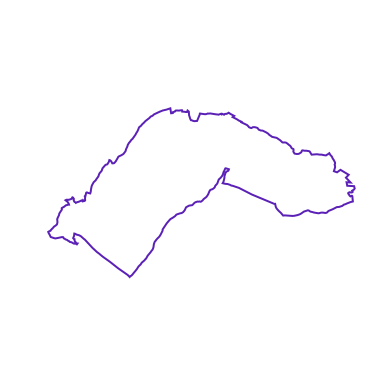 the district of Creteni, Vâlcea, Romania, rotated 241°
{"feature_id": "2599482B89031901268624", "entity_name": "Creteni", "entity_type": "district", "adm_level": 2, "iso_a3": "ROU", "parent_name": "Romania", "parent_adm1": "Vâlcea", "projection": "orthographic", "projection_center": [24.181, 44.701], "detail": "fine", "context": "isolated", "style": "outline", "palette": "violet", "viewbox_px": 384, "rotation_deg": 241, "n_neighbors": 0, "source": "geoboundaries", "source_scale": "gbopen_adm2", "svg_char_len": 6002}
<svg xmlns="http://www.w3.org/2000/svg" viewBox="0 0 384 384"><g transform="rotate(241 192 192)"><path d="M159.4,330.9L159.1,328.8L159.2,327.8L159.0,327.3L159.3,326.5L160.8,324.6L161.6,323.8L163.2,321.2L164.4,319.7L166.7,314.7L169.9,314.6L170.5,314.5L171.0,314.1L172.6,312.1L173.6,310.3L174.7,309.1L174.9,308.6L174.8,308.1L173.9,307.0L173.7,306.5L173.6,304.1L173.8,303.4L174.4,302.1L175.9,300.3L178.1,300.2L178.8,300.6L179.4,301.2L180.4,301.5L181.8,300.5L182.3,300.4L184.1,300.4L185.0,300.2L186.4,299.5L187.7,299.1L189.4,298.3L189.8,297.9L190.5,297.0L191.1,295.7L191.6,295.1L194.5,294.2L198.3,292.3L201.4,288.8L203.4,287.9L204.1,287.4L206.1,286.9L208.0,285.9L211.2,283.7L211.8,283.1L212.1,282.5L212.3,282.1L214.2,280.6L216.3,280.3L217.7,279.0L218.4,278.1L218.8,277.4L219.2,276.5L219.1,275.1L219.2,274.8L220.8,273.4L221.1,273.2L221.9,273.2L223.9,272.6L229.1,268.9L229.4,269.4L231.8,267.6L233.9,266.5L237.8,263.9L238.1,265.8L241.9,263.3L242.9,262.9L243.2,262.6L243.6,262.4L243.5,261.8L243.5,261.2L243.6,260.1L244.2,258.9L244.4,258.1L244.1,257.5L245.7,256.3L245.5,255.5L245.7,255.4L246.3,255.4L246.4,255.0L246.8,252.6L247.2,252.2L248.4,250.5L251.8,246.1L252.5,244.6L253.0,243.8L253.2,242.3L253.7,241.1L255.7,238.4L256.8,237.0L256.7,236.8L256.2,236.6L251.7,230.9L252.3,229.5L252.9,228.3L253.6,227.5L255.3,226.2L255.4,225.9L256.6,225.9L260.6,226.7L263.9,228.2L265.4,227.6L264.4,226.4L265.0,225.3L265.7,224.5L267.1,222.4L267.9,222.8L268.3,222.9L268.8,222.0L269.5,220.1L270.5,218.5L271.1,217.4L271.1,216.8L270.7,216.4L270.7,215.7L271.1,214.1L270.7,213.7L270.4,213.6L270.5,213.0L271.0,211.9L275.7,213.6L276.4,209.7L277.5,205.8L277.9,202.4L278.3,196.5L277.8,194.4L278.0,192.6L277.8,191.8L277.4,190.7L276.6,185.6L275.9,183.5L275.4,181.3L274.6,179.4L274.3,177.3L273.8,176.5L272.7,175.3L271.2,173.2L271.0,172.6L269.5,170.3L267.2,165.5L267.1,164.5L265.9,161.9L265.6,160.9L265.1,160.0L264.2,158.5L263.3,157.7L261.1,154.7L260.4,154.2L259.8,153.4L258.5,150.4L258.4,148.0L258.6,145.3L258.5,144.8L258.3,144.2L257.7,143.4L255.8,140.2L255.2,138.6L255.0,137.9L255.3,136.9L255.7,136.2L258.1,136.2L259.5,135.7L260.0,135.2L258.7,133.9L258.1,132.9L257.3,131.4L257.3,130.9L257.6,130.0L257.6,129.3L256.1,125.2L254.6,123.6L254.1,122.7L253.3,120.4L252.4,119.1L251.2,117.9L250.8,117.2L249.7,114.8L248.8,113.2L248.7,112.5L248.2,110.7L246.7,108.3L245.8,107.1L245.1,106.5L243.1,104.8L241.5,103.7L240.1,102.3L241.4,100.8L242.6,99.9L242.7,99.4L242.5,98.9L241.7,98.3L241.2,97.7L240.4,97.1L240.0,96.7L240.3,96.2L240.2,96.1L239.3,96.1L238.4,95.4L236.7,94.6L236.4,94.4L236.3,94.1L236.3,93.7L236.6,93.6L236.6,93.3L236.6,93.2L237.3,92.9L236.7,92.5L236.7,92.0L236.8,91.7L237.2,91.6L237.4,92.0L237.6,92.1L237.8,92.1L238.0,91.8L238.2,91.2L238.3,88.7L238.8,86.3L238.8,85.2L239.3,85.2L240.1,84.5L240.6,84.4L242.0,84.5L242.9,85.0L243.2,85.3L243.5,85.2L244.6,85.3L245.3,84.9L245.3,84.6L244.4,83.6L244.6,81.9L245.0,80.2L245.9,78.9L246.1,78.3L246.1,77.4L243.7,78.4L241.4,78.5L240.6,78.3L241.0,77.7L241.0,77.0L241.5,75.3L241.1,73.0L241.1,70.5L241.0,70.2L239.9,69.8L239.5,69.3L238.8,67.9L237.5,65.5L236.2,64.4L234.3,61.7L233.8,61.3L233.6,60.9L231.0,59.8L230.2,59.2L229.1,58.1L228.7,56.3L228.7,55.3L228.6,54.6L227.9,52.7L227.1,49.9L226.8,49.7L226.7,49.3L226.9,47.8L226.8,46.9L225.0,46.7L224.0,46.8L221.2,46.6L218.4,49.1L217.6,50.1L216.5,53.4L215.8,55.9L215.2,57.2L214.9,57.4L213.6,57.4L212.6,58.1L212.0,58.3L210.5,59.6L209.2,60.1L208.9,60.5L207.6,60.9L206.4,62.3L204.3,63.5L203.8,64.2L204.0,64.7L203.8,64.9L202.8,65.6L202.4,65.6L202.0,65.9L202.5,66.9L203.1,66.1L203.4,66.0L204.6,65.9L205.7,65.6L206.5,65.8L207.7,66.4L208.2,65.9L209.3,65.7L210.8,67.6L212.7,68.9L212.3,69.4L210.6,70.5L209.0,72.2L207.4,73.3L203.9,74.5L202.3,75.2L191.3,77.9L185.2,79.9L184.3,80.4L178.7,82.6L170.7,86.4L160.9,90.5L150.7,95.5L147.9,96.3L148.3,97.0L148.2,98.3L148.6,99.8L149.2,101.1L150.5,104.5L151.3,106.4L152.4,108.4L152.9,109.4L153.5,111.9L154.3,113.3L154.6,114.0L155.2,117.1L155.9,118.8L156.0,119.5L157.8,122.4L159.4,126.6L160.0,127.7L160.6,129.3L161.5,130.6L162.5,131.6L164.9,133.4L166.4,135.1L166.7,135.6L167.0,136.7L167.3,137.1L168.0,138.9L168.8,141.8L170.0,144.0L172.4,147.5L173.5,148.2L173.7,148.6L176.9,154.8L178.1,158.0L178.8,160.1L178.8,162.4L179.1,165.5L179.8,167.4L179.2,170.9L178.7,172.4L178.6,173.1L178.7,174.6L179.3,176.1L179.6,176.8L181.3,179.1L181.5,179.5L181.5,180.6L181.5,182.8L180.4,185.8L180.5,186.4L181.2,188.5L181.4,189.9L181.2,191.0L181.0,192.1L180.5,192.8L180.1,193.9L179.3,194.8L179.2,195.2L179.5,197.2L180.0,198.2L180.4,200.1L180.5,201.2L180.7,202.2L181.5,203.9L182.2,205.1L183.9,207.2L184.8,208.6L184.9,209.3L184.6,211.0L184.6,212.1L184.9,213.6L185.2,214.3L186.1,215.3L187.1,218.1L187.7,218.9L189.7,221.1L189.9,221.7L190.1,221.9L190.5,223.8L191.4,226.0L191.9,226.8L192.5,227.6L194.5,229.7L194.5,230.0L195.1,230.8L196.3,232.3L196.5,232.7L196.3,233.1L194.0,235.3L193.1,234.3L193.0,233.8L193.1,232.3L193.0,231.7L192.4,230.5L190.5,228.5L189.6,227.7L188.6,227.2L185.8,224.6L184.8,223.1L182.9,225.2L181.8,226.9L180.0,228.6L178.6,229.5L177.9,230.4L172.9,235.0L160.7,243.2L141.1,258.7L141.1,258.9L138.5,258.1L136.6,258.0L133.7,258.6L130.7,259.6L127.2,260.3L126.7,261.6L124.5,265.0L122.4,268.2L121.6,269.9L120.7,272.9L120.3,275.0L120.2,276.5L120.6,280.4L119.8,284.5L119.1,285.2L117.5,286.0L115.6,288.1L115.0,288.6L112.2,292.1L111.8,293.0L111.6,294.1L111.1,295.5L110.3,296.8L109.1,298.3L108.7,299.3L108.6,300.1L109.2,302.0L109.2,302.5L108.7,306.9L108.6,311.1L108.5,311.5L107.6,313.5L107.1,316.1L107.0,316.7L107.3,318.8L107.0,320.0L106.8,322.4L106.3,325.9L105.7,328.1L110.6,330.2L111.1,330.1L111.3,329.8L111.4,328.4L112.4,328.1L115.0,327.9L115.4,328.2L115.5,328.7L115.3,330.0L114.7,330.5L114.2,331.4L114.0,332.3L114.5,332.7L115.5,332.7L115.6,334.9L116.2,336.0L118.5,336.6L122.2,330.8L125.6,331.9L123.4,335.3L129.9,333.6L131.1,337.4L139.4,332.6L138.9,328.4L141.4,326.2L144.2,329.1L145.1,329.6L146.9,330.1L147.3,330.8L148.5,331.4L151.4,331.5L153.1,331.3L154.8,331.5L155.8,331.4L157.0,331.0L159.4,330.9Z" fill="none" stroke="#5b21b6" stroke-width="2"/></g></svg>